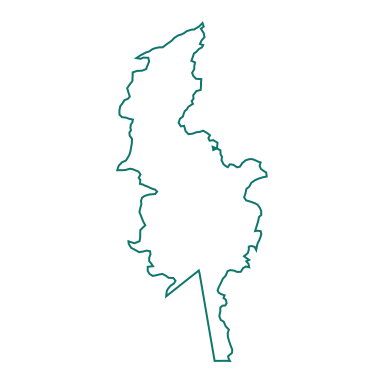 Presidente Juscelino, Maranhão, Brazil
{"feature_id": "56859067B299836344179", "entity_name": "Presidente Juscelino", "entity_type": "district", "adm_level": 2, "iso_a3": "BRA", "parent_name": "Brazil", "parent_adm1": "Maranhão", "projection": "orthographic", "projection_center": [-44.075, -3.099], "detail": "fine", "context": "isolated", "style": "outline", "palette": "teal", "viewbox_px": 384, "rotation_deg": 0, "n_neighbors": 0, "source": "geoboundaries", "source_scale": "gbopen_adm2", "svg_char_len": 3460}
<svg xmlns="http://www.w3.org/2000/svg" viewBox="0 0 384 384"><path d="M136.4,58.1L140.6,58.8L143.4,57.6L148.3,57.8L149.1,61.5L147.9,64.5L146.1,69.1L142.0,70.7L137.1,70.9L132.7,72.4L132.6,76.5L132.4,81.0L129.8,84.4L127.2,88.1L128.5,92.7L129.8,96.6L127.8,98.9L124.5,100.1L122.8,102.9L120.2,106.3L119.4,110.7L119.5,114.7L122.0,117.2L126.0,117.6L128.8,118.7L132.9,119.6L132.3,122.5L130.8,124.5L130.4,127.9L131.0,130.4L129.4,132.5L129.7,135.8L132.0,138.7L131.8,143.4L130.4,151.4L129.4,154.7L127.8,157.6L125.9,160.6L121.9,162.3L118.6,165.9L117.3,170.2L122.2,170.2L125.3,170.0L130.1,168.7L132.9,169.3L136.3,170.7L138.6,171.7L140.5,174.5L138.7,177.9L140.3,179.8L140.0,183.9L142.5,184.4L144.8,185.6L147.2,186.4L151.6,188.5L155.1,189.6L157.1,191.6L155.2,194.0L149.3,194.5L144.9,195.8L142.1,197.6L141.0,200.9L141.4,203.8L140.3,208.2L139.4,211.9L141.5,217.2L143.1,221.3L145.3,225.3L142.7,227.7L140.3,230.1L140.2,233.3L140.2,237.6L139.5,241.2L134.7,243.2L131.4,242.3L128.5,241.3L128.7,243.8L131.1,247.8L135.1,249.9L139.2,252.2L143.5,251.4L146.7,250.6L150.0,251.2L150.5,254.3L149.2,257.7L149.2,261.1L151.3,263.7L153.0,266.2L147.7,266.8L147.7,270.9L149.4,273.8L152.6,275.9L156.1,275.3L159.6,274.4L162.5,274.0L165.6,275.6L168.7,277.8L173.3,278.0L175.5,280.8L174.0,283.4L171.0,285.4L168.4,288.2L166.8,290.9L166.2,296.3L198.8,270.5L199.6,273.6L210.1,334.8L214.6,360.9L226.1,360.8L229.9,361.0L228.7,358.8L228.1,356.2L231.9,353.0L232.3,349.8L230.3,344.7L229.1,341.2L227.9,337.0L227.7,333.1L228.9,329.6L225.7,326.3L223.7,321.7L220.7,319.9L219.3,316.0L220.3,311.2L220.3,307.6L222.4,305.7L225.3,305.5L226.6,303.2L225.9,299.9L223.5,298.0L224.6,295.3L221.0,294.1L218.6,292.6L217.6,290.2L218.8,287.1L221.3,282.1L222.8,278.8L225.7,275.6L227.6,271.1L230.4,270.1L234.5,270.7L236.8,271.9L240.8,271.8L243.0,268.2L245.9,266.5L249.2,267.3L248.5,263.9L246.3,261.3L249.1,259.9L246.3,258.0L244.0,256.2L246.0,254.7L247.9,252.9L248.8,249.7L248.8,246.6L251.5,246.0L254.5,246.8L256.2,250.0L257.1,245.2L257.9,242.8L259.3,240.1L260.6,236.6L261.3,234.1L260.7,231.2L257.6,230.7L255.1,231.1L257.9,222.1L259.1,216.8L261.2,215.1L261.2,211.1L259.8,207.7L257.6,204.7L254.8,203.2L250.3,201.6L246.2,200.4L244.1,197.4L245.4,193.7L246.4,188.9L249.2,186.7L251.4,182.7L255.1,180.2L258.4,178.7L263.1,177.2L266.7,176.5L266.2,172.5L263.3,170.7L260.9,168.9L259.6,165.7L260.6,162.4L258.1,161.6L255.8,160.5L252.3,159.1L249.4,159.1L245.9,160.2L242.2,163.1L239.9,166.7L237.1,167.3L233.0,164.7L229.8,164.3L227.8,167.2L225.6,166.0L223.5,164.2L221.5,160.2L222.0,156.8L220.6,154.4L220.4,150.3L216.8,148.5L217.3,145.3L217.5,142.7L213.3,140.2L209.6,140.7L208.4,138.1L210.0,135.3L207.0,132.9L203.1,130.7L199.8,131.9L196.5,132.2L192.8,133.6L188.5,134.2L185.6,131.2L184.1,125.9L180.8,126.3L178.6,122.8L180.0,118.7L182.9,116.6L183.7,113.7L184.8,111.0L186.9,109.3L188.3,106.8L190.8,105.2L192.9,103.9L191.7,101.0L193.5,98.8L193.2,95.3L196.4,91.0L200.6,90.0L201.0,85.9L201.0,82.6L201.3,79.1L196.1,78.8L193.2,75.8L192.1,72.9L194.2,69.2L194.3,66.0L195.1,62.5L191.4,60.8L192.7,57.2L194.0,53.4L196.1,52.1L198.8,49.1L201.9,47.4L203.2,45.1L199.9,44.0L201.6,40.4L204.5,37.1L203.7,33.1L200.9,28.7L203.7,26.6L202.5,23.0L199.1,26.5L196.5,28.0L194.2,29.5L191.7,29.6L186.6,31.2L184.1,33.1L181.4,34.5L178.3,35.3L174.2,38.0L172.1,40.3L169.7,42.2L167.5,43.6L162.7,47.3L159.6,47.3L155.8,48.0L152.5,49.1L149.5,51.3L146.1,52.4L140.5,55.3L136.4,58.1ZM216.8,148.5L213.3,150.0L212.7,146.8L216.8,148.5Z" fill="none" stroke="#0f766e" stroke-width="2"/></svg>